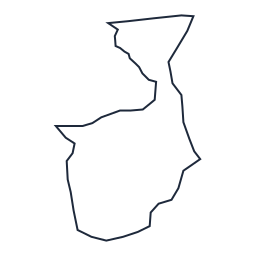 Artemi, Cyprus (Robinson projection)
{"feature_id": "46923920B3651826109354", "entity_name": "Artemi", "entity_type": "district", "adm_level": 2, "iso_a3": "CYP", "parent_name": "Cyprus", "parent_adm1": "", "projection": "robinson", "projection_center": [33.718, 35.325], "detail": "fine", "context": "isolated", "style": "outline", "palette": "slate", "viewbox_px": 256, "rotation_deg": 0, "n_neighbors": 0, "source": "geoboundaries", "source_scale": "gbopen_adm2", "svg_char_len": 783}
<svg xmlns="http://www.w3.org/2000/svg" viewBox="0 0 256 256"><path d="M108.2,23.1L117.8,29.6L114.8,36.1L115.2,40.4L115.6,46.0L120.1,48.0L124.5,51.6L128.6,53.9L129.8,58.3L135.5,63.5L139.1,67.1L142.4,73.4L148.8,79.8L156.1,81.8L154.7,99.8L142.8,109.5L131.0,110.5L120.1,110.5L101.3,117.3L92.4,123.1L82.5,126.0L68.7,126.0L55.8,126.0L65.7,137.7L74.6,143.5L72.6,153.2L66.7,161.0L67.7,179.5L70.7,192.1L73.6,210.5L77.6,230.0L81.7,232.0L91.4,236.8L106.3,240.6L123.1,236.8L137.9,231.9L149.7,226.1L150.7,212.5L158.6,203.7L171.5,199.8L178.4,188.2L183.4,170.7L200.2,159.1L194.2,151.3L189.3,138.7L183.4,122.2L182.4,106.6L181.4,95.0L172.5,83.3L170.5,71.7L168.5,62.0L177.4,47.4L187.3,30.9L193.4,16.2L181.4,15.4L153.7,18.3L128.0,21.2L108.2,23.1Z" fill="none" stroke="#1e293b" stroke-width="2"/></svg>